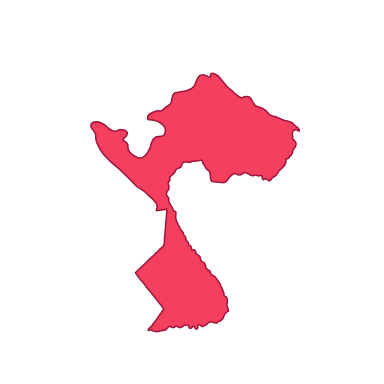 the district of Chicamán, Quiché, Guatemala, rotated 50°
{"feature_id": "79465075B15638381256287", "entity_name": "Chicamán", "entity_type": "district", "adm_level": 2, "iso_a3": "GTM", "parent_name": "Guatemala", "parent_adm1": "Quiché", "projection": "orthographic", "projection_center": [-90.638, 15.4], "detail": "fine", "context": "isolated", "style": "filled", "palette": "rose", "viewbox_px": 384, "rotation_deg": 50, "n_neighbors": 0, "source": "geoboundaries", "source_scale": "gbopen_adm2", "svg_char_len": 6080}
<svg xmlns="http://www.w3.org/2000/svg" viewBox="0 0 384 384"><g transform="rotate(50 192 192)"><path d="M214.2,70.8L213.3,69.9L211.1,69.6L207.7,70.4L203.4,70.7L200.9,71.9L196.2,75.5L189.3,79.0L188.3,79.3L187.9,79.6L186.2,81.2L183.3,82.6L181.7,83.0L176.9,83.1L172.5,84.6L167.0,87.9L165.4,88.0L162.3,87.6L159.0,86.9L156.8,86.9L156.0,87.1L154.3,88.4L152.8,90.2L152.4,91.1L152.4,92.1L152.1,92.9L151.8,93.3L151.3,93.8L148.8,94.8L144.0,95.9L140.8,96.1L137.9,96.8L133.3,97.4L120.7,97.2L118.0,97.9L115.1,99.2L114.3,99.9L113.8,100.8L113.7,102.1L114.2,102.7L115.4,103.3L115.5,104.3L114.6,105.3L111.2,106.8L110.2,107.5L108.8,108.9L107.9,111.0L107.9,112.5L108.6,114.8L109.7,117.4L112.2,121.7L112.4,125.8L111.6,129.1L110.6,131.7L105.2,141.0L105.0,143.0L105.7,144.4L108.2,148.2L109.9,150.0L110.7,152.5L110.2,158.5L110.3,162.9L109.4,164.5L108.2,165.4L107.7,166.1L106.1,169.6L105.5,171.6L105.0,174.7L105.1,175.8L105.5,177.1L106.8,178.5L107.5,178.9L108.4,178.8L109.2,178.4L110.6,176.8L112.5,175.2L114.1,174.0L116.2,172.7L118.0,172.1L122.3,171.1L125.4,171.5L127.2,172.3L129.5,174.8L130.3,176.9L130.1,178.8L127.1,183.3L126.6,184.6L126.6,187.8L128.5,192.0L130.5,194.5L131.3,195.9L133.5,201.4L133.8,203.3L134.0,205.0L133.9,206.5L133.6,208.3L133.1,209.2L131.7,210.9L130.5,211.7L125.5,213.5L123.5,213.9L121.3,214.0L119.9,213.8L118.5,213.5L117.0,212.6L114.6,210.8L113.7,210.6L111.8,210.4L110.5,210.7L108.6,211.7L108.1,211.5L107.6,210.8L107.2,209.7L106.9,206.3L106.2,204.8L105.7,204.0L104.7,203.4L103.5,203.3L102.3,203.5L101.3,203.9L99.0,205.8L98.0,207.1L97.2,208.4L97.0,209.9L96.5,211.3L95.5,212.6L93.6,213.7L89.2,215.1L85.3,215.6L83.4,216.0L78.8,218.1L76.4,220.4L75.2,222.4L75.0,223.7L75.1,225.4L76.2,226.8L77.4,227.6L78.9,228.0L82.8,228.0L85.2,228.5L86.3,229.1L89.4,231.4L92.2,233.0L100.1,235.0L105.9,235.6L116.2,234.9L121.0,234.2L127.9,232.9L134.3,232.3L135.4,232.1L141.0,231.6L151.9,230.8L157.8,229.1L158.5,228.8L161.6,228.0L164.6,227.6L168.6,227.3L171.0,226.8L177.0,226.6L179.2,227.1L180.5,227.9L181.4,228.8L183.3,231.2L184.4,229.9L188.4,223.3L188.7,222.5L190.4,223.5L211.6,244.5L213.8,246.7L215.0,248.3L215.1,253.8L215.6,256.8L215.6,260.1L215.9,260.5L216.1,269.1L216.6,272.7L217.4,287.0L217.9,287.4L227.1,287.9L228.5,287.6L236.9,288.1L242.5,288.0L263.0,288.7L263.3,288.9L264.8,293.4L265.3,295.8L266.3,298.9L267.2,302.7L267.9,305.2L267.9,305.7L268.9,309.6L268.8,312.7L268.9,313.1L269.6,314.3L270.1,314.4L270.7,312.9L271.1,312.4L271.9,311.8L274.6,310.4L276.3,308.7L276.9,308.0L279.1,303.6L280.3,301.9L280.6,301.1L280.8,300.4L280.7,299.8L280.2,297.1L280.2,296.4L280.4,295.9L281.0,295.1L282.9,294.4L284.0,293.3L284.3,292.5L284.4,290.8L284.7,290.4L285.6,289.7L287.5,288.9L288.6,287.9L288.9,286.6L289.1,284.3L289.4,283.2L290.3,281.8L291.6,280.7L292.1,280.6L293.9,281.3L295.1,281.2L295.3,281.0L295.7,280.3L295.6,277.6L295.7,277.2L296.1,276.9L296.5,276.7L298.3,277.2L298.8,277.2L299.9,276.8L300.2,276.4L299.9,275.4L299.5,274.7L297.9,273.4L297.9,273.0L298.0,272.1L298.2,271.6L299.0,271.5L299.8,271.0L301.1,271.0L301.7,270.7L302.9,266.9L302.7,263.7L303.0,262.0L304.0,260.5L307.1,258.6L308.2,257.3L308.4,256.9L308.4,256.4L308.1,255.3L308.1,254.8L308.3,254.2L308.9,253.6L309.0,253.2L309.0,250.8L308.8,249.7L308.3,248.6L307.7,247.8L306.5,244.7L306.4,242.0L306.6,240.8L306.3,240.3L305.1,239.6L303.5,239.2L301.4,238.1L300.9,237.8L299.6,236.2L296.8,233.9L295.3,233.3L294.7,233.2L293.2,233.8L291.8,233.9L291.2,233.7L290.1,232.5L288.2,232.1L285.6,231.0L282.6,230.5L281.2,229.7L280.3,229.5L275.6,229.2L272.3,228.8L271.2,228.9L269.0,229.9L268.0,230.1L266.6,230.1L265.5,229.5L264.2,229.2L263.6,229.2L261.3,229.9L259.3,230.2L258.7,230.0L257.1,228.9L255.7,228.3L253.7,228.2L253.3,228.4L252.6,229.0L252.1,229.2L249.7,228.8L248.7,228.5L247.1,227.6L246.4,227.5L245.4,227.6L243.8,228.1L241.5,228.3L241.0,228.2L239.8,227.4L238.3,227.2L237.9,227.3L237.5,227.7L237.3,228.5L237.0,229.3L236.7,229.6L236.3,229.6L235.6,228.9L234.7,228.4L232.1,227.6L230.9,228.7L230.5,228.6L229.8,228.3L228.9,227.7L228.4,227.4L225.9,227.3L224.7,227.0L224.1,226.8L222.7,226.0L219.8,225.9L218.2,225.3L217.6,224.9L217.1,224.8L212.2,224.8L211.1,224.1L210.5,223.9L207.9,223.8L206.7,223.0L205.3,222.8L203.4,222.2L200.9,220.8L198.5,218.6L197.4,217.3L196.1,217.3L194.8,218.3L194.4,218.4L192.1,217.2L188.6,216.9L187.9,216.8L187.2,216.5L186.5,216.3L185.3,216.3L184.9,216.1L181.9,214.0L181.1,213.7L177.6,213.4L177.0,213.0L176.0,211.2L175.2,210.4L175.2,210.0L175.4,209.0L175.0,208.2L174.3,207.3L172.7,205.9L172.3,205.6L170.7,205.2L170.1,204.8L169.6,204.2L169.5,203.7L169.3,202.5L168.9,201.6L166.8,199.8L166.5,199.5L166.2,198.7L166.2,195.4L166.0,193.6L165.3,191.4L164.5,189.5L164.4,189.0L164.5,188.3L165.2,187.0L165.6,185.5L165.7,184.1L165.3,183.3L164.6,182.5L163.8,181.2L163.8,179.2L164.8,177.6L165.4,176.9L166.5,176.1L168.1,174.4L168.3,174.0L168.5,172.4L168.7,171.8L169.5,171.0L170.5,169.7L172.3,166.6L173.5,164.4L174.2,164.1L174.7,164.1L175.4,164.3L176.6,165.0L177.4,165.3L180.1,165.4L182.7,166.0L183.5,166.1L186.6,165.5L188.3,165.6L194.2,169.4L194.9,169.8L196.3,169.9L196.8,169.8L197.5,169.4L204.3,162.7L205.1,161.9L205.7,160.7L205.9,158.6L205.6,156.6L204.9,154.6L204.6,152.6L204.7,148.5L204.9,147.9L205.9,146.8L208.6,145.6L209.1,145.1L210.2,143.5L210.5,142.4L210.3,140.9L211.5,138.5L213.8,137.6L214.0,137.2L214.7,136.8L216.8,136.4L218.2,135.4L218.9,134.6L219.3,133.3L220.0,132.2L220.5,131.7L221.4,131.5L222.3,130.8L222.8,130.2L223.5,128.5L224.0,128.2L224.6,128.1L226.3,129.1L227.6,129.6L228.4,129.5L228.7,128.9L228.7,128.2L229.0,127.2L229.3,126.9L232.6,125.8L233.0,125.6L233.4,124.9L233.4,123.1L232.8,121.5L232.7,121.1L232.8,120.5L233.2,119.2L233.3,117.1L232.2,113.1L231.7,112.0L231.6,111.2L231.7,109.3L231.2,104.3L230.8,103.1L229.8,101.4L229.4,100.7L228.3,100.2L227.7,98.9L227.5,98.0L228.0,97.1L228.2,96.1L228.2,95.7L227.4,94.6L227.4,94.0L227.8,93.1L227.7,92.6L227.0,91.4L226.5,89.7L225.5,88.6L224.8,87.6L224.3,85.9L223.9,84.2L223.6,83.5L223.2,82.7L222.0,81.3L220.5,80.6L217.2,80.7L215.9,80.5L215.2,80.2L213.8,78.9L212.5,78.3L211.2,77.1L210.5,75.8L210.4,73.8L210.7,72.7L212.5,71.5L214.2,70.8Z" fill="#f43f5e" stroke="#9f1239" stroke-width="1.5"/></g></svg>